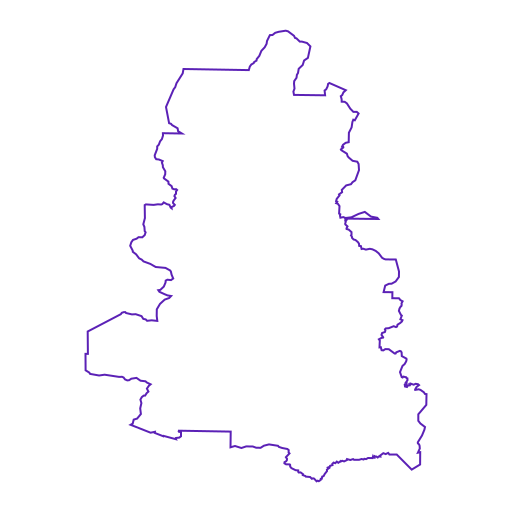 the district of Gore District, Southland, New Zealand
{"feature_id": "76426892B13163294507058", "entity_name": "Gore District", "entity_type": "district", "adm_level": 2, "iso_a3": "NZL", "parent_name": "New Zealand", "parent_adm1": "Southland", "projection": "equal_earth", "projection_center": [169.017, -46.045], "detail": "fine", "context": "isolated", "style": "outline", "palette": "violet", "viewbox_px": 512, "rotation_deg": 0, "n_neighbors": 0, "source": "geoboundaries", "source_scale": "gbopen_adm2", "svg_char_len": 6066}
<svg xmlns="http://www.w3.org/2000/svg" viewBox="0 0 512 512"><path d="M294.0,35.8L288.0,31.3L285.7,30.7L278.7,31.8L275.2,32.8L272.5,35.0L269.9,35.1L267.0,41.0L266.6,43.8L264.7,47.3L261.4,50.8L259.3,55.9L256.7,59.1L256.5,60.6L254.2,62.0L253.7,63.1L251.3,64.5L249.8,66.6L248.8,70.1L183.5,69.0L182.7,73.4L176.5,83.2L175.2,87.2L173.6,89.3L166.0,107.0L169.1,123.2L171.0,123.8L172.1,125.1L177.6,128.3L178.1,131.2L181.9,133.5L162.9,133.2L163.0,135.6L161.9,139.1L160.1,141.3L158.8,144.7L157.2,146.4L157.2,148.8L154.7,155.3L154.9,157.2L156.2,159.2L158.9,159.5L162.7,161.1L161.9,162.7L162.8,165.2L162.9,167.2L165.3,171.3L165.2,174.3L163.7,177.8L164.0,178.4L168.4,181.6L168.5,183.8L171.6,186.1L172.4,188.6L174.2,189.3L176.2,189.2L177.1,190.0L176.0,191.5L176.0,193.8L174.9,194.8L174.4,196.1L175.6,198.0L173.6,200.6L173.0,202.1L173.1,203.1L174.8,204.9L173.9,206.0L171.5,207.0L171.6,208.3L170.7,207.6L169.4,204.8L167.0,204.2L163.7,202.4L162.3,204.1L161.2,204.5L157.8,204.3L153.6,204.9L145.9,204.4L144.7,205.1L144.9,218.1L143.3,224.3L144.4,226.9L144.7,231.1L145.6,232.3L144.7,235.1L142.3,237.3L138.5,237.2L136.6,238.7L133.0,239.9L131.3,242.3L130.2,245.8L132.7,250.6L132.8,251.8L136.1,254.3L139.1,258.3L141.7,259.6L143.5,261.4L150.3,263.9L155.7,267.0L165.5,267.9L170.2,270.5L170.9,271.6L171.6,274.7L173.2,278.5L171.0,280.1L167.4,279.7L165.7,280.6L165.5,282.6L163.8,286.6L160.3,289.9L158.3,290.2L159.4,291.8L164.6,294.2L167.5,295.4L171.1,296.0L169.2,298.0L164.7,299.6L160.0,303.9L156.8,309.3L156.7,316.0L157.3,320.9L151.6,320.3L147.1,320.8L145.7,319.4L143.3,318.9L141.5,316.1L135.7,314.2L131.9,314.4L126.0,313.0L125.3,312.1L123.9,312.1L121.8,312.8L120.8,314.2L87.7,331.5L87.9,353.9L85.5,353.9L85.6,370.3L89.3,372.6L90.1,373.9L99.1,375.5L104.6,374.7L119.1,376.9L122.0,376.8L123.6,377.5L125.0,379.4L127.3,380.4L129.1,380.2L131.3,378.7L136.5,377.9L140.5,380.7L145.5,381.3L146.8,382.5L150.6,384.3L148.9,385.7L146.9,388.6L148.4,391.6L146.7,393.1L145.1,395.6L143.7,395.6L141.8,397.1L140.4,399.6L141.4,403.1L140.2,408.4L140.9,414.0L137.1,418.6L133.7,419.6L132.7,423.6L130.6,424.8L150.6,432.7L154.9,431.8L154.7,432.9L163.4,436.3L163.6,435.9L175.9,439.2L175.5,438.4L175.8,438.0L179.3,437.6L181.0,436.3L181.0,431.9L179.1,431.9L178.7,431.4L178.9,430.7L230.7,431.6L230.5,447.3L235.0,446.0L241.4,448.0L246.2,446.4L252.8,446.5L256.1,447.7L260.6,447.8L263.9,445.7L269.0,444.4L278.0,445.8L278.9,446.9L282.2,448.0L287.4,449.0L288.7,450.1L288.6,452.4L289.5,453.4L285.9,457.2L287.0,458.8L286.9,460.1L286.2,461.2L284.5,462.2L284.4,463.3L286.0,464.3L289.7,464.4L290.1,464.8L290.2,466.6L291.4,468.1L295.6,470.2L298.2,470.4L298.2,471.8L298.7,472.5L300.6,472.4L303.0,474.2L302.8,475.1L305.3,476.0L305.8,476.6L310.1,477.0L311.9,478.8L313.0,478.3L314.1,478.6L316.6,481.3L317.6,480.7L318.8,481.2L320.7,479.9L320.8,478.8L321.8,478.7L322.2,476.6L323.6,476.1L324.7,474.0L327.0,471.1L326.9,469.7L328.3,468.6L327.7,467.6L328.6,467.2L329.5,467.6L330.1,465.8L332.5,465.1L332.3,463.9L333.6,462.6L335.3,463.2L336.8,461.6L338.3,462.8L340.6,461.1L340.8,461.5L342.3,460.8L344.1,461.4L347.0,460.0L347.1,459.1L350.3,460.0L353.1,459.1L354.0,459.8L359.1,459.8L361.6,459.0L363.6,459.5L364.3,458.8L366.1,459.1L368.0,458.0L372.5,458.1L373.0,456.5L373.5,457.6L374.4,457.7L374.2,456.6L374.6,456.1L375.5,456.7L376.2,456.5L377.7,457.5L378.6,456.5L380.4,456.6L380.1,455.6L383.3,453.2L385.7,454.1L388.2,452.9L389.4,454.5L396.7,454.5L411.7,469.6L420.1,464.5L420.2,452.2L417.9,452.7L419.8,448.5L419.6,445.8L419.1,444.4L417.9,443.4L417.8,442.3L422.0,435.5L424.4,429.7L425.0,427.0L420.4,423.5L418.3,420.8L418.3,414.3L426.3,404.9L426.5,394.1L424.9,393.9L423.9,392.3L420.5,389.9L418.7,389.3L415.2,389.9L415.1,389.5L416.6,386.9L419.0,385.1L418.0,384.2L415.6,383.8L413.7,384.7L410.6,383.6L410.6,384.2L409.7,384.2L410.1,384.9L409.8,385.4L408.1,385.3L407.0,387.0L405.0,386.5L404.8,385.0L406.0,385.0L406.3,384.3L406.6,383.1L405.6,382.9L407.5,380.2L407.4,378.4L406.6,378.2L406.2,377.3L403.4,376.6L402.6,377.5L401.7,377.1L400.0,372.1L402.5,365.9L404.6,364.1L406.1,361.5L406.6,359.7L406.4,358.6L401.8,356.1L401.6,352.4L400.9,351.3L399.8,350.9L396.3,352.3L395.6,353.5L394.6,353.5L388.8,349.2L385.3,349.1L383.3,350.4L381.6,350.2L380.8,347.2L379.5,347.4L379.8,340.6L378.9,339.3L381.7,337.8L383.0,337.7L383.2,337.3L381.5,334.9L382.1,333.0L384.9,332.0L385.4,330.5L384.9,329.3L385.8,328.4L388.7,328.2L393.7,326.2L396.0,327.1L397.1,326.5L397.5,324.7L400.2,323.0L401.9,321.5L402.5,320.2L400.4,319.3L401.8,315.6L401.0,315.0L398.9,310.9L399.5,308.5L400.7,306.5L401.3,306.2L401.7,304.9L401.5,303.4L402.6,301.3L400.4,300.1L399.0,298.3L392.3,298.2L392.4,292.2L383.6,292.1L385.2,285.6L388.9,283.8L391.6,283.7L395.6,281.5L398.9,277.0L399.0,271.5L395.8,259.5L385.6,259.4L384.0,258.9L382.1,257.8L378.7,253.3L375.7,250.9L372.4,249.3L369.8,248.8L365.9,249.6L363.1,248.7L361.6,249.0L360.9,246.1L359.2,245.9L359.0,243.7L358.0,242.2L355.5,240.0L353.6,239.5L352.0,237.8L351.9,236.6L351.0,235.4L351.5,234.8L351.5,232.1L348.7,229.6L346.6,229.0L346.5,228.3L347.5,226.4L345.3,224.4L345.2,223.6L345.8,221.6L345.3,220.9L346.3,220.1L345.4,219.6L345.2,218.6L378.3,219.0L377.3,217.8L371.0,216.6L364.8,211.9L358.6,213.9L351.4,217.3L345.5,218.0L343.3,217.1L340.4,217.7L340.0,215.6L340.3,214.3L339.1,213.6L339.5,206.1L337.8,203.7L336.2,203.2L337.2,201.7L336.1,201.2L336.7,198.9L339.5,195.4L339.0,194.4L342.1,192.2L341.8,189.9L346.2,185.4L351.0,184.2L352.5,182.2L355.3,180.3L359.0,170.1L358.6,164.0L357.3,161.7L352.6,160.8L348.6,157.4L347.6,156.1L346.9,153.7L341.3,150.2L340.9,149.4L343.3,147.5L343.2,146.8L342.1,146.6L343.0,144.8L345.7,142.8L348.7,142.2L348.9,132.7L351.6,127.4L352.4,122.0L353.3,119.7L354.8,120.3L358.6,113.5L356.8,111.9L353.4,111.9L350.3,108.7L346.9,103.4L344.7,101.8L341.7,101.7L341.6,99.1L340.8,96.2L342.2,95.1L343.4,92.4L345.8,90.2L329.4,83.0L328.1,83.9L327.6,86.4L326.2,89.3L324.6,90.5L325.1,95.3L294.0,94.9L293.4,91.6L294.5,88.6L294.0,83.7L294.2,81.1L296.5,77.8L296.9,74.8L298.0,73.0L298.7,68.8L302.7,65.0L304.1,60.5L307.9,57.9L310.4,46.4L307.0,43.0L301.9,41.6L299.8,41.6L296.4,38.3L295.1,38.0L294.0,35.8Z" fill="none" stroke="#5b21b6" stroke-width="2"/></svg>